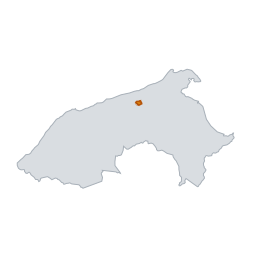 Sihuas, Áncash, Peru shown in context, rotated 96°
{"feature_id": "86281439B22456830614745", "entity_name": "Sihuas", "entity_type": "district", "adm_level": 2, "iso_a3": "PER", "parent_name": "Peru", "parent_adm1": "Áncash", "projection": "robinson", "projection_center": [-77.577, -8.497], "detail": "fine", "context": "in_parent", "style": "filled", "palette": "amber", "viewbox_px": 256, "rotation_deg": 96, "n_neighbors": 0, "source": "geoboundaries", "source_scale": "gbopen_adm2", "svg_char_len": 4768}
<svg xmlns="http://www.w3.org/2000/svg" viewBox="0 0 256 256"><g transform="rotate(96 128 128)"><path d="M180.1,70.3L180.0,71.1L179.2,71.5L178.4,70.9L177.3,71.1L175.6,69.3L171.5,69.6L169.7,71.7L167.0,72.1L164.1,73.0L160.8,73.4L155.6,76.7L154.4,78.1L152.0,80.0L150.1,80.6L149.1,86.6L147.2,90.1L146.5,92.0L147.5,94.9L147.5,96.3L146.4,97.4L145.5,97.5L143.7,98.8L141.1,101.4L140.6,103.4L141.5,106.1L141.2,106.4L139.0,106.9L139.0,108.4L138.6,108.9L140.4,111.1L141.4,111.6L141.5,112.1L141.3,112.7L140.9,112.9L140.9,113.4L142.2,115.0L143.2,118.1L145.1,119.7L145.1,120.7L145.7,121.7L146.7,122.5L149.1,125.7L149.1,127.1L146.6,130.5L150.7,130.5L155.1,131.7L155.7,132.2L156.3,133.8L156.3,134.8L157.2,135.6L157.1,137.4L163.0,137.5L166.8,137.0L173.0,131.3L173.9,130.8L173.4,132.1L173.3,133.0L173.7,133.9L172.9,135.3L172.8,149.1L173.9,148.4L175.3,149.7L176.4,149.8L179.8,148.2L183.7,148.5L192.6,166.5L191.8,167.7L191.9,168.6L190.8,169.4L189.6,170.9L189.5,178.1L188.6,180.2L189.1,181.4L189.6,183.6L190.4,185.0L190.6,185.9L190.5,186.2L189.2,187.0L189.1,188.3L186.8,190.9L186.4,192.6L185.6,193.2L185.4,195.1L187.4,198.3L186.1,200.2L184.8,203.0L186.8,208.9L187.7,209.8L188.6,209.7L189.9,210.2L190.6,211.1L188.9,212.2L188.7,212.7L188.8,214.6L186.9,216.1L184.5,219.8L183.8,220.0L182.6,221.1L182.3,221.7L182.5,222.2L183.6,223.3L183.7,224.7L181.9,226.4L180.7,226.5L180.2,227.0L180.7,229.3L180.7,230.3L180.3,231.5L179.4,232.8L176.8,234.2L174.4,234.5L170.4,231.1L169.1,229.7L165.2,226.8L164.5,223.7L163.2,222.2L160.8,221.1L158.8,219.6L157.4,218.8L153.8,215.4L150.5,214.3L144.3,210.7L141.0,209.5L136.8,206.2L134.5,205.2L132.7,203.7L127.1,200.3L126.2,199.3L125.4,197.6L124.1,196.6L122.7,194.4L120.7,193.0L118.7,191.3L116.2,186.5L115.1,185.5L115.0,183.3L114.2,182.3L115.4,181.6L116.1,178.3L115.7,176.6L112.9,172.1L112.4,170.2L110.3,166.8L109.5,164.7L107.9,163.2L107.2,161.9L106.3,161.3L106.2,159.8L105.6,156.7L104.7,155.2L101.4,152.4L101.0,149.3L100.3,147.1L95.7,138.4L93.0,130.1L90.8,125.4L89.9,122.7L89.8,121.3L88.1,118.8L87.2,116.6L83.5,112.2L81.3,107.4L81.0,105.9L79.5,103.3L77.2,99.8L76.0,98.4L68.8,94.1L65.4,91.5L65.0,90.2L65.1,89.4L65.9,88.7L66.9,89.2L67.5,89.0L68.0,88.0L68.0,86.6L67.4,84.7L65.1,81.2L65.7,79.5L63.4,75.4L63.9,71.3L64.4,70.3L67.9,66.2L68.9,64.5L70.4,63.4L71.9,61.7L73.7,60.5L74.3,60.9L74.8,63.1L74.7,64.5L75.2,66.2L74.0,67.6L72.6,67.3L72.0,67.7L71.8,68.4L72.1,69.5L72.4,70.0L73.4,70.0L72.1,72.2L72.2,72.6L73.1,73.0L74.1,72.4L75.0,71.2L75.6,71.0L79.2,73.1L80.8,72.9L82.0,73.9L82.2,75.4L83.9,78.4L86.6,79.1L87.0,78.9L87.6,77.7L88.2,77.6L88.3,75.9L90.6,74.1L90.9,72.9L90.6,72.0L90.6,71.4L91.9,67.4L92.4,67.0L92.8,65.8L93.3,65.0L94.1,60.6L94.7,60.6L95.3,61.6L96.0,61.4L95.6,60.4L95.7,60.0L98.2,56.5L99.0,55.7L111.2,50.9L117.2,45.9L122.5,38.9L124.2,31.8L124.8,32.3L125.8,32.1L125.5,29.3L125.8,27.9L125.7,27.5L124.1,25.8L123.4,23.9L121.9,22.9L122.0,22.5L123.5,22.9L124.9,22.7L126.1,21.5L127.0,21.6L129.0,23.2L130.5,23.4L130.9,24.5L132.4,25.4L134.4,27.8L135.3,30.5L135.3,30.9L136.2,32.3L138.1,33.0L140.1,35.0L142.1,35.6L143.0,37.4L143.6,37.9L143.9,38.9L143.6,40.1L143.9,40.7L145.4,41.8L146.6,41.8L146.9,42.3L147.6,45.3L147.2,46.7L147.4,47.6L149.0,48.3L149.5,48.9L150.9,49.0L152.8,48.4L155.1,49.3L157.0,49.0L157.8,48.7L158.7,48.1L159.4,48.1L161.2,46.2L161.8,46.1L163.7,46.9L165.4,48.2L167.5,48.0L168.3,47.2L169.8,46.7L172.5,48.3L173.1,49.0L173.8,49.2L176.7,50.7L177.2,51.4L178.8,52.0L179.1,52.5L179.0,53.0L172.2,65.0L174.3,66.0L176.2,65.4L177.3,66.2L178.0,68.2L179.5,69.5L180.1,70.3Z" fill="#d9dde1" stroke="#a8b0b8" stroke-width="1"/><path d="M100.5,121.8L100.7,122.0L100.8,122.0L101.0,122.2L101.0,122.3L101.1,122.5L101.3,122.6L101.5,122.8L101.8,122.9L101.8,122.7L102.0,122.6L102.2,122.4L102.3,122.4L102.5,122.2L102.8,122.2L102.7,121.9L102.7,121.7L102.7,121.4L102.7,121.2L102.8,121.2L102.9,120.9L103.0,120.8L103.3,120.8L103.3,120.7L103.5,120.5L103.5,120.4L103.7,120.2L103.8,120.3L103.8,120.2L104.0,120.2L104.1,119.9L103.9,119.9L103.8,119.7L103.7,119.7L103.8,119.5L103.8,119.4L103.7,119.4L103.7,119.2L103.4,119.1L103.4,118.9L103.4,118.7L103.2,118.5L103.3,118.4L103.2,118.3L103.1,118.2L103.0,117.9L102.9,117.9L103.0,117.9L102.9,117.8L102.9,117.7L102.8,117.4L102.7,117.4L102.5,117.2L102.4,117.2L102.5,117.1L102.4,117.0L102.4,116.9L102.2,116.9L102.1,117.0L101.9,117.1L101.7,117.2L101.4,117.2L101.3,117.3L101.3,117.5L101.2,117.5L101.0,117.8L100.9,117.7L100.7,117.7L100.6,117.8L100.4,118.0L100.5,118.0L100.4,118.1L100.2,118.2L100.3,118.3L100.2,118.3L99.9,118.4L99.9,118.5L99.7,118.5L99.8,118.7L99.8,118.8L99.9,118.7L100.0,118.7L100.0,118.8L100.1,119.0L100.0,119.3L100.3,119.5L100.4,119.8L100.5,119.8L100.5,120.0L100.6,120.3L100.6,120.5L100.8,120.6L100.8,120.8L100.7,120.9L100.6,121.0L100.6,121.3L100.6,121.5L100.5,121.8Z" fill="#f59e0b" stroke="#b45309" stroke-width="1.5"/></g></svg>